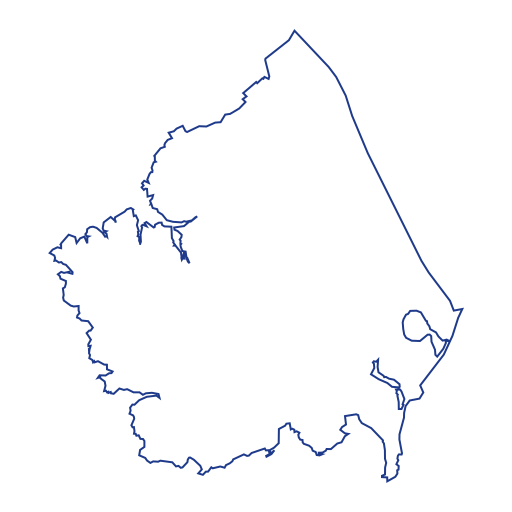 KaipÄtiki Local Board Area, New Zealand (Albers equal-area conic projection)
{"feature_id": "76426892B5692080734545", "entity_name": "KaipÄtiki Local Board Area", "entity_type": "district", "adm_level": 2, "iso_a3": "NZL", "parent_name": "New Zealand", "parent_adm1": "", "projection": "albers", "projection_center": [174.713, -36.79], "detail": "fine", "context": "isolated", "style": "outline", "palette": "blue", "viewbox_px": 512, "rotation_deg": 0, "n_neighbors": 0, "source": "geoboundaries", "source_scale": "gbopen_adm2", "svg_char_len": 6033}
<svg xmlns="http://www.w3.org/2000/svg" viewBox="0 0 512 512"><path d="M167.7,139.9L165.1,143.1L164.4,145.0L164.8,146.8L160.5,148.3L154.3,155.9L154.8,156.3L154.9,160.8L155.8,161.7L153.7,162.3L151.6,167.7L152.5,170.4L152.3,172.1L150.9,172.2L149.5,174.0L147.3,179.5L148.7,182.9L144.2,180.8L142.0,183.3L143.6,185.5L141.6,187.3L143.8,189.9L145.3,188.7L147.0,188.9L147.6,196.6L153.1,195.1L152.2,198.5L150.0,200.8L151.0,203.3L150.6,204.2L151.3,203.9L152.7,208.0L157.2,209.2L158.0,211.9L162.3,214.6L166.8,220.2L173.0,221.8L181.5,222.4L184.1,221.2L186.2,221.7L191.9,220.4L195.5,217.2L197.2,216.4L190.7,221.6L189.3,221.6L184.0,226.1L174.2,227.5L174.5,229.7L177.6,231.0L181.7,234.8L181.4,237.1L179.7,239.6L180.6,240.7L180.4,243.4L181.2,243.9L180.4,244.8L180.8,247.1L182.4,251.1L185.6,251.6L186.4,257.0L187.3,257.9L189.5,263.2L187.9,261.6L186.0,256.9L184.7,256.4L185.0,254.0L184.1,252.5L182.9,256.3L184.2,258.6L182.4,258.6L181.8,259.7L181.4,258.1L182.5,257.7L181.5,256.7L181.0,252.6L175.5,245.6L174.0,245.6L174.8,244.5L173.2,242.4L173.6,241.1L171.9,238.1L171.4,226.7L164.4,226.4L162.1,224.9L161.6,222.6L158.8,222.7L155.1,224.7L154.6,227.1L153.7,227.5L146.4,222.0L144.6,223.1L146.6,226.3L142.9,224.8L141.7,225.5L141.4,226.4L142.1,227.4L140.5,234.7L140.9,241.6L139.9,244.7L140.2,243.1L139.1,240.7L139.3,237.0L137.6,236.2L138.3,234.3L137.9,231.8L138.8,231.1L136.9,225.2L138.1,220.2L135.8,215.4L133.8,216.1L132.8,210.0L133.3,209.5L130.8,208.0L126.7,209.4L124.6,211.7L115.1,217.3L114.7,219.3L115.5,220.9L115.7,221.8L115.6,222.6L115.3,221.1L110.7,217.0L103.7,222.4L102.7,228.3L103.6,230.6L106.3,231.2L104.5,232.2L106.5,233.7L107.1,236.9L106.3,236.1L105.1,236.7L102.5,232.8L96.6,227.9L93.0,226.7L90.0,227.2L87.2,229.2L86.9,232.3L85.4,234.1L86.6,236.1L88.7,236.4L87.3,237.1L87.3,243.3L84.3,236.6L80.2,238.3L76.6,243.0L75.2,237.1L68.7,234.7L61.3,243.2L60.5,244.6L61.1,245.0L61.1,248.2L57.4,247.3L52.7,249.6L49.7,253.0L54.3,255.5L55.1,257.9L54.4,260.8L56.0,260.5L58.9,262.5L61.3,262.1L63.2,264.0L65.9,264.8L72.6,272.2L72.4,273.8L68.6,272.8L69.2,271.8L64.0,272.9L61.2,271.9L57.9,274.3L59.9,276.2L60.5,278.7L65.9,281.0L65.9,283.7L64.8,287.3L62.9,288.4L63.7,295.0L63.1,297.6L63.8,300.5L70.7,305.6L73.8,306.5L78.6,306.0L78.6,310.5L79.5,313.1L77.4,315.5L77.0,317.5L79.6,318.5L81.5,320.5L88.2,321.2L92.8,327.6L90.6,330.6L89.2,330.6L86.6,333.1L90.9,339.7L88.3,344.3L88.4,346.1L90.6,345.8L90.0,348.0L88.9,348.8L89.0,350.3L89.5,349.9L89.0,353.1L90.0,355.1L89.3,358.2L92.4,360.0L93.1,362.3L94.2,361.2L94.6,362.3L98.0,361.2L104.2,364.6L106.9,364.7L107.0,369.3L112.6,371.5L111.5,373.1L109.0,373.3L105.6,375.5L99.6,375.3L97.8,377.9L100.2,377.1L100.4,378.3L104.7,381.5L105.5,385.8L104.1,391.1L105.9,390.7L107.1,392.4L108.3,391.8L108.5,392.9L110.7,392.0L111.0,393.3L113.7,393.8L119.4,388.5L123.8,389.9L127.2,389.2L133.5,392.3L139.5,392.3L142.9,394.8L145.9,393.3L151.9,392.8L158.5,394.0L159.5,397.9L156.4,395.6L146.8,396.8L139.2,400.2L134.5,404.7L132.4,404.6L130.1,407.7L130.6,410.8L129.5,413.7L133.1,415.4L133.9,416.8L134.2,418.8L131.4,425.3L132.6,427.3L133.9,427.1L134.5,431.1L134.0,433.7L135.7,433.8L136.4,435.7L138.7,435.3L140.4,438.9L143.0,439.0L144.4,441.0L144.4,446.9L140.1,449.9L139.2,455.3L145.2,457.9L147.1,460.6L150.4,462.9L153.2,461.4L158.1,461.7L160.4,460.7L172.3,462.3L176.0,466.4L178.5,465.9L180.8,467.8L182.5,467.4L187.4,462.2L187.8,459.6L189.0,457.7L190.1,457.5L193.8,459.7L200.3,465.8L201.8,469.4L198.3,473.4L202.9,474.8L205.8,471.7L208.1,471.6L211.3,467.3L212.7,468.3L220.3,466.5L224.6,467.7L226.0,465.1L229.8,463.3L232.4,461.2L233.2,459.4L243.9,454.4L247.1,455.9L248.9,455.6L251.6,453.0L264.8,448.5L265.9,450.4L268.5,450.2L269.8,453.9L266.2,455.9L266.5,456.7L271.4,454.1L274.4,450.3L270.9,453.4L269.5,450.3L274.0,447.7L278.7,443.2L278.9,429.0L285.1,425.7L286.4,423.7L289.7,423.3L290.8,429.4L292.2,428.7L294.3,429.7L294.5,432.1L296.6,431.3L299.4,432.7L298.3,434.8L298.8,437.4L300.2,439.6L302.5,440.0L302.7,442.4L303.8,443.8L309.1,445.7L311.7,447.9L312.7,450.7L315.7,452.0L316.7,455.0L319.5,455.4L321.9,454.4L318.8,454.0L318.8,452.7L322.5,452.6L325.9,450.6L326.6,449.0L330.9,449.1L337.3,443.5L341.5,442.3L344.9,436.2L348.3,433.9L344.9,433.3L340.3,429.8L342.0,427.1L346.0,424.5L345.0,416.1L356.2,414.3L358.2,415.1L359.2,419.2L361.8,423.1L371.2,428.1L383.0,440.4L382.7,441.7L383.9,443.4L384.9,450.1L385.0,458.8L386.2,462.8L385.1,467.5L385.0,474.5L382.0,475.8L382.0,477.1L387.2,477.4L387.3,481.3L395.3,476.8L397.4,473.6L397.2,470.3L398.5,469.6L398.7,466.0L396.4,464.2L398.3,460.2L397.4,458.6L397.9,455.8L398.9,454.4L401.6,454.5L402.0,453.4L399.4,439.5L399.5,434.3L404.0,417.6L404.1,413.0L405.6,406.1L409.7,400.5L419.5,398.6L423.3,392.5L420.2,385.4L443.8,354.6L449.8,341.6L447.4,340.8L445.7,341.6L445.9,342.9L443.3,348.8L437.2,356.6L435.4,354.8L435.0,349.7L431.5,341.7L431.2,336.1L429.7,334.6L427.6,334.7L420.0,341.0L411.7,340.7L406.1,337.8L404.2,334.5L403.2,328.7L402.7,322.4L403.5,319.3L406.0,314.7L408.1,313.9L410.2,310.9L416.5,310.7L420.9,312.4L425.9,320.8L427.0,321.2L427.3,323.5L429.4,326.3L430.2,329.2L436.0,332.4L438.4,336.4L442.6,340.6L446.7,339.6L449.9,341.3L452.4,336.0L458.2,317.8L462.3,309.0L453.8,310.6L450.0,300.8L428.7,272.5L421.5,260.9L367.8,153.2L352.2,116.0L345.7,95.6L336.2,77.0L328.7,67.0L294.5,30.7L288.9,40.2L265.5,58.6L265.2,60.0L269.3,76.4L268.6,78.9L264.4,76.9L263.4,78.8L262.4,78.3L257.2,83.2L256.2,82.0L243.2,93.1L246.5,96.4L242.7,99.2L245.5,102.0L239.2,108.5L230.1,113.9L225.2,114.6L220.6,122.2L215.2,122.6L206.4,126.5L199.2,126.2L187.1,132.0L185.5,131.2L182.7,125.8L176.6,128.6L173.8,131.3L168.7,132.7L172.0,138.2L167.7,139.9ZM376.3,361.7L378.1,359.7L377.6,367.0L378.5,372.3L383.6,375.8L384.2,377.2L385.9,376.9L389.1,378.7L394.0,379.7L399.5,384.2L399.7,386.8L399.0,387.3L398.6,389.6L400.2,389.6L401.5,391.5L404.4,399.0L402.6,404.3L403.5,404.8L401.5,409.0L398.8,409.0L398.7,402.0L397.4,395.7L397.8,394.6L396.4,393.2L396.8,390.9L396.1,389.6L398.3,389.6L398.5,387.4L392.0,386.8L387.4,383.0L378.9,379.3L371.0,374.3L374.3,368.0L373.9,363.7L372.9,362.5L373.8,361.3L376.3,361.7Z" fill="none" stroke="#1e3a8a" stroke-width="2"/></svg>